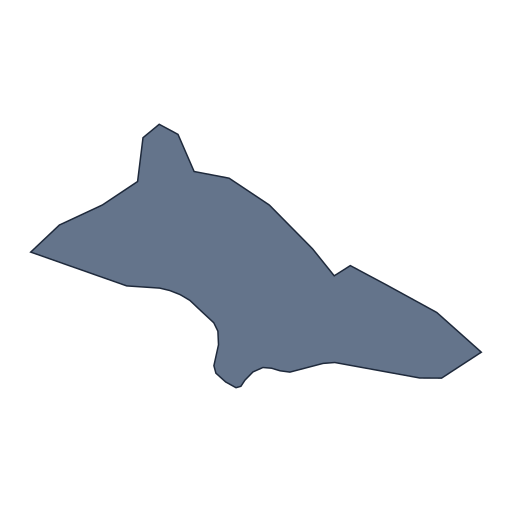 outline of Kilis
{"feature_id": "TUR-4841", "entity_name": "Kilis", "entity_type": "Province", "adm_level": 1, "iso_a3": "TUR", "parent_name": "Turkey", "parent_adm1": "", "projection": "orthographic", "projection_center": [37.078, 36.822], "detail": "fine", "context": "isolated", "style": "filled", "palette": "slate", "viewbox_px": 512, "rotation_deg": 0, "n_neighbors": 0, "source": "natural_earth", "source_scale": "10m", "svg_char_len": 622}
<svg xmlns="http://www.w3.org/2000/svg" viewBox="0 0 512 512"><path d="M481.3,352.2L441.6,378.1L419.8,378.0L334.8,362.5L323.1,363.4L289.9,372.1L280.1,370.8L271.5,368.2L262.9,367.5L253.0,371.9L244.9,380.2L240.9,386.3L236.0,387.7L225.7,382.0L215.9,373.2L213.9,365.7L218.5,344.8L217.9,331.2L213.8,322.8L197.9,308.0L189.9,300.4L180.1,294.6L169.7,290.5L159.7,288.1L126.7,285.9L30.7,252.1L59.4,225.0L102.5,204.9L137.6,181.5L143.0,137.7L159.2,124.3L178.0,134.4L194.1,171.5L229.1,178.2L269.4,205.1L312.6,248.9L334.2,275.8L350.3,265.6L388.1,285.8L436.8,312.5L481.3,352.2Z" fill="#64748b" stroke="#1e293b" stroke-width="1.5"/></svg>